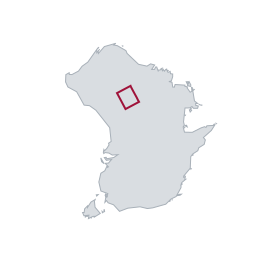 Ngaanyatjarraku, Western Australia, Australia shown in context, rotated 62°
{"feature_id": "25037944B86885707589826", "entity_name": "Ngaanyatjarraku", "entity_type": "district", "adm_level": 2, "iso_a3": "AUS", "parent_name": "Australia", "parent_adm1": "Western Australia", "projection": "mercator", "projection_center": [128.838, -25.094], "detail": "fine", "context": "in_parent", "style": "outline", "palette": "rose", "viewbox_px": 256, "rotation_deg": 62, "n_neighbors": 0, "source": "geoboundaries", "source_scale": "gbopen_adm2", "svg_char_len": 4079}
<svg xmlns="http://www.w3.org/2000/svg" viewBox="0 0 256 256"><g transform="rotate(62 128 128)"><path d="M169.3,55.6L171.8,65.9L174.8,65.3L178.2,68.4L178.7,74.8L180.8,77.0L181.3,82.9L182.7,86.0L192.7,91.9L196.6,101.5L197.7,102.0L197.9,100.3L200.1,102.0L200.4,101.2L201.4,106.1L202.7,107.6L205.5,109.2L211.1,117.7L210.9,123.4L213.0,130.4L210.1,143.7L208.2,148.7L203.2,154.4L198.7,165.8L197.6,174.6L189.0,176.8L184.7,180.7L182.0,181.0L182.8,183.3L178.6,180.0L179.2,179.2L178.9,178.4L178.2,178.4L176.8,179.8L175.8,178.9L177.5,177.6L176.5,176.6L170.9,181.5L162.0,179.1L155.2,173.2L154.9,168.6L151.8,164.5L153.1,164.7L153.1,163.5L148.5,164.7L149.8,161.7L148.1,157.3L146.4,162.3L143.0,162.8L143.6,161.1L145.2,161.1L147.4,154.4L146.8,149.4L144.5,154.6L141.2,156.6L138.9,159.8L139.2,161.4L137.9,161.2L135.7,159.4L137.1,159.4L136.1,156.3L134.0,152.7L132.3,152.3L132.0,149.2L119.1,144.0L97.2,148.0L90.2,151.5L87.2,156.0L71.9,156.3L63.6,161.8L58.0,161.5L51.7,157.8L51.6,154.0L53.1,154.7L54.5,152.4L54.5,145.0L51.9,139.5L51.0,132.6L44.0,118.7L46.8,120.2L45.1,116.0L46.3,118.4L48.3,119.2L45.0,110.6L47.5,99.0L48.0,101.7L50.4,98.7L58.7,93.5L61.7,93.8L76.7,88.8L82.3,82.2L82.0,77.9L84.9,74.9L87.4,79.6L88.7,77.0L87.1,75.1L87.6,74.0L92.4,74.7L90.9,74.3L91.9,72.4L91.1,70.8L93.7,70.6L92.7,69.4L94.9,69.2L94.1,67.4L96.0,65.5L96.2,66.6L97.7,66.5L97.8,64.2L100.0,65.0L101.3,63.2L103.7,64.5L106.8,67.6L106.2,70.1L108.3,67.7L112.8,69.3L113.7,67.9L111.7,66.0L116.9,57.6L117.9,58.2L119.7,56.1L120.3,57.0L125.6,56.3L125.5,54.3L121.9,52.8L122.5,52.3L135.3,56.6L139.0,55.0L138.1,56.7L139.7,57.6L141.6,55.6L143.3,57.3L141.3,61.0L139.1,61.4L139.2,64.1L137.1,68.3L148.7,76.1L151.9,76.9L152.9,78.8L158.2,80.1L162.0,73.3L162.2,63.5L162.8,59.8L164.1,58.9L163.1,57.3L166.3,50.3L169.3,55.6ZM175.8,191.6L182.5,194.3L190.4,192.6L190.9,200.2L190.4,198.8L189.6,200.4L189.4,205.5L186.6,203.4L184.8,208.1L181.3,207.8L182.0,206.4L179.0,204.2L177.8,200.3L179.1,201.0L176.0,195.5L175.8,191.6ZM115.9,52.3L119.6,52.3L120.7,53.4L118.3,55.5L115.9,52.3ZM141.6,166.1L148.2,165.9L145.4,167.1L141.6,166.1ZM142.3,63.5L143.1,65.6L140.8,65.3L141.1,63.8L142.3,63.5ZM210.7,116.7L210.5,114.1L211.5,111.9L211.8,113.5L210.7,116.7ZM188.5,187.2L190.7,187.8L190.8,188.8L188.5,187.2ZM115.5,52.9L116.8,55.0L114.5,54.9L115.5,52.9ZM173.4,187.6L172.1,187.4L172.8,185.6L173.4,187.6ZM154.8,75.2L153.7,75.9L152.6,76.2L153.1,75.0L154.8,75.2ZM44.0,118.1L43.1,116.8L43.0,115.7L44.0,118.1ZM190.3,189.8L191.2,190.6L189.5,190.0L190.3,189.8ZM202.2,106.5L203.0,106.5L203.0,107.6L202.2,106.5ZM181.5,82.8L182.6,83.5L182.4,83.9L181.5,82.8ZM186.5,206.2L186.6,207.5L185.8,207.1L186.5,206.2ZM212.2,124.4L212.3,125.8L212.2,125.8L212.2,124.4ZM125.3,52.2L124.7,51.7L125.1,51.4L125.3,52.2ZM142.5,52.3L141.6,53.4L142.6,51.6L142.5,52.3ZM212.3,122.7L211.9,123.1L212.2,122.6L212.3,122.7ZM143.8,71.5L143.3,71.7L143.6,71.2L143.8,71.5ZM140.5,63.4L139.9,63.6L140.3,62.9L140.5,63.4ZM53.4,93.6L53.2,94.4L52.9,94.4L53.4,93.6ZM165.3,49.8L165.2,50.5L165.0,50.0L165.3,49.8ZM178.2,178.8L178.4,179.4L178.1,179.2L178.2,178.8ZM141.3,53.7L140.1,54.4L141.4,53.5L141.3,53.7ZM94.2,66.4L93.8,66.9L94.1,66.3L94.2,66.4ZM187.0,205.3L186.6,205.6L186.8,205.1L187.0,205.3ZM154.3,77.8L153.6,77.8L153.9,77.3L154.3,77.8ZM91.7,70.2L91.4,70.5L91.4,69.8L91.7,70.2ZM190.2,202.6L189.6,203.0L189.8,202.3L190.2,202.6ZM165.7,47.9L165.6,48.3L165.2,48.1L165.7,47.9ZM177.9,179.6L178.4,180.1L177.5,179.9L177.9,179.6ZM193.9,91.8L193.4,91.8L193.6,91.3L193.9,91.8ZM197.5,100.2L197.3,100.2L197.5,99.7L197.5,100.2ZM176.1,190.7L175.9,191.1L175.7,190.5L176.1,190.7Z" fill="#d9dde1" stroke="#a8b0b8" stroke-width="1"/><path d="M110.1,117.8L110.1,116.3L110.1,109.2L110.1,107.8L110.1,106.0L108.0,106.1L105.2,106.0L97.6,106.1L95.4,106.1L93.6,106.1L92.5,106.1L92.0,106.0L92.0,110.5L92.0,115.1L92.0,121.3L93.4,121.3L96.6,121.3L99.5,121.3L102.4,121.3L107.3,121.3L108.4,121.3L110.1,121.3L110.1,121.2L110.1,120.9L110.1,120.7L110.1,120.4L110.1,120.2L110.1,119.9L110.1,119.7L110.1,119.4L110.1,119.2L110.1,118.9L110.1,118.6L110.1,118.4L110.1,118.2L110.1,117.9L110.1,117.8Z" fill="none" stroke="#9f1239" stroke-width="2"/></g></svg>